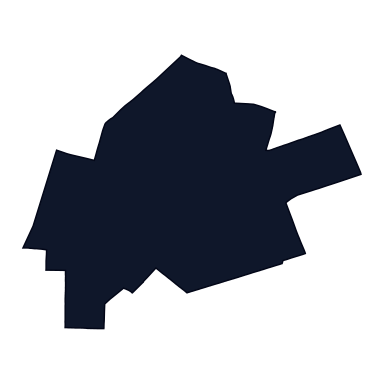 Izvoare, Dolj, Romania (Natural Earth projection)
{"feature_id": "2599482B17685193443553", "entity_name": "Izvoare", "entity_type": "district", "adm_level": 2, "iso_a3": "ROU", "parent_name": "Romania", "parent_adm1": "Dolj", "projection": "natural_earth1", "projection_center": [23.323, 44.156], "detail": "fine", "context": "isolated", "style": "filled", "palette": "ink", "viewbox_px": 384, "rotation_deg": 0, "n_neighbors": 0, "source": "geoboundaries", "source_scale": "gbopen_adm2", "svg_char_len": 5851}
<svg xmlns="http://www.w3.org/2000/svg" viewBox="0 0 384 384"><path d="M282.5,262.2L282.8,261.0L283.0,260.7L283.3,260.4L283.7,260.3L286.3,259.6L287.8,259.1L291.3,257.9L303.0,254.3L305.0,253.6L305.3,253.5L305.1,252.7L304.1,250.1L303.0,247.5L301.8,244.7L300.3,241.1L299.1,238.0L298.1,235.7L296.2,230.8L293.3,222.7L291.6,218.1L289.3,212.1L286.9,205.7L285.9,203.0L285.9,202.9L285.9,202.7L286.0,202.6L287.6,201.3L290.9,198.8L297.4,195.1L299.3,194.5L302.5,193.5L306.9,192.1L311.4,190.7L315.3,189.4L318.4,188.5L325.2,186.2L327.9,185.3L330.8,184.4L339.6,181.5L361.0,174.3L360.5,172.4L357.2,164.6L355.6,160.9L351.5,151.5L344.2,134.6L339.9,125.0L327.6,129.7L327.3,129.9L326.7,130.1L326.1,130.3L325.0,130.8L324.4,131.0L323.3,131.5L321.7,132.2L321.1,132.4L320.0,132.8L319.5,133.0L318.4,133.4L317.9,133.6L317.4,133.7L316.4,134.1L315.9,134.3L315.0,134.6L313.0,135.3L312.5,135.4L312.0,135.6L311.5,135.8L310.6,136.1L310.1,136.3L309.1,136.6L308.7,136.7L307.8,137.1L307.4,137.2L306.5,137.6L306.1,137.7L305.6,137.9L304.7,138.2L304.2,138.4L303.3,138.8L301.9,139.2L301.4,139.4L301.0,139.5L300.6,139.6L300.1,139.8L299.7,139.9L299.3,140.0L298.8,140.1L298.5,140.2L293.3,142.1L290.2,143.2L289.5,143.5L288.7,143.8L288.0,144.0L287.3,144.3L286.5,144.5L285.7,144.8L284.9,145.0L283.4,145.5L281.9,146.1L281.2,146.3L280.4,146.6L279.7,146.8L279.0,147.1L278.3,147.3L276.8,147.8L274.7,148.6L274.0,148.8L272.7,149.3L272.0,149.6L271.4,149.8L269.4,150.4L269.0,150.5L268.9,150.5L268.6,150.5L267.8,150.5L267.4,150.5L267.2,150.5L267.1,150.4L266.7,150.4L266.2,150.3L265.9,150.3L266.1,149.5L266.5,148.0L267.0,146.4L267.9,143.5L268.3,142.0L268.8,140.5L269.2,139.1L270.2,136.3L270.6,135.0L271.0,133.6L271.3,132.3L271.9,129.6L272.2,128.3L272.4,127.1L272.7,125.9L273.0,123.8L273.2,122.5L273.3,121.8L273.4,121.1L273.5,120.5L273.6,119.8L273.8,118.5L273.9,117.8L274.1,117.2L274.2,116.5L274.2,115.9L274.4,115.2L274.4,114.6L274.6,114.0L274.7,113.7L274.9,112.8L275.0,112.6L275.3,112.4L275.5,112.1L275.4,111.8L275.1,111.7L274.8,111.7L274.0,111.5L266.7,108.6L261.3,106.6L258.4,105.7L253.7,104.3L248.2,103.9L244.5,103.7L238.9,103.4L234.4,103.2L233.9,100.8L233.5,99.2L232.8,96.9L232.4,96.0L232.0,95.0L231.3,93.7L231.0,92.2L230.8,90.9L230.6,89.5L230.5,88.9L230.3,87.7L230.1,86.2L229.7,84.9L229.5,84.1L228.1,79.9L227.4,77.8L226.7,75.7L226.3,74.6L226.1,74.0L226.1,73.6L226.1,73.4L225.9,73.4L221.0,71.1L218.5,70.0L217.2,69.4L216.3,69.1L214.6,68.4L213.9,68.2L211.7,67.7L209.8,67.1L205.2,65.5L200.2,64.0L197.9,63.4L195.7,62.5L188.2,58.8L183.8,56.5L181.4,55.3L180.6,56.7L156.5,79.2L151.5,83.5L147.1,87.2L143.4,90.4L141.1,92.6L132.7,99.9L125.2,105.7L120.8,109.7L112.9,117.6L110.5,119.0L110.0,119.4L109.4,119.9L108.5,120.5L107.0,121.9L106.5,122.3L106.4,122.3L105.5,123.3L105.0,124.1L103.4,128.5L102.6,130.9L99.3,143.0L98.6,145.2L97.1,150.3L96.2,153.7L94.3,160.4L91.8,159.8L90.3,159.4L86.2,158.4L80.2,157.0L77.6,156.4L73.3,155.4L70.4,154.7L66.8,153.7L62.8,152.3L56.6,150.2L33.1,226.1L23.0,247.9L26.6,247.9L28.6,248.0L29.7,248.2L31.6,248.3L33.2,248.5L35.1,248.7L36.0,248.6L37.0,248.7L39.0,248.9L41.5,249.1L46.4,249.8L46.6,249.9L46.5,254.3L46.1,260.9L46.1,263.2L46.1,265.3L46.1,268.5L46.0,270.1L60.9,270.3L65.5,270.4L65.5,270.5L65.5,272.1L65.5,275.1L65.6,275.5L65.6,276.1L65.6,276.9L65.5,278.0L65.6,278.5L65.5,279.0L65.5,279.6L65.5,280.2L65.5,280.6L65.5,281.4L65.6,281.7L65.6,282.4L65.6,283.3L65.6,284.2L65.6,284.4L65.6,284.9L65.6,285.2L65.6,285.6L65.6,286.0L65.6,286.5L65.5,288.0L65.6,289.0L65.5,290.3L65.5,291.2L65.5,291.6L65.4,292.2L65.4,292.8L65.4,293.9L65.3,295.2L65.3,296.3L65.2,298.9L65.2,300.3L65.2,301.8L65.3,303.9L65.2,305.7L65.2,307.3L65.2,308.6L65.2,311.4L65.2,312.4L65.2,315.0L65.2,316.6L65.2,317.8L65.2,319.8L65.1,321.9L65.2,323.3L65.2,325.9L65.1,327.4L65.1,327.6L65.3,327.6L66.0,327.6L66.8,327.6L68.4,327.7L70.1,327.7L72.4,327.8L74.1,327.8L74.9,327.9L75.8,327.9L76.5,327.9L79.7,327.9L82.1,328.0L83.0,328.0L84.6,328.1L85.3,328.1L87.8,328.4L89.2,328.4L99.2,328.6L101.6,328.6L103.8,328.6L103.9,327.8L103.9,326.5L104.0,323.4L104.1,321.9L104.2,319.8L104.3,316.0L104.4,312.1L104.5,309.4L104.7,304.2L104.8,303.9L109.8,299.3L116.0,294.3L122.0,289.4L123.5,288.1L123.9,288.3L125.2,288.8L126.1,289.1L126.5,289.3L126.9,289.5L127.4,289.7L127.8,289.9L128.3,290.1L128.7,290.3L129.1,290.5L129.4,290.7L130.2,291.2L130.9,291.7L131.3,292.0L131.5,292.2L131.9,292.6L132.2,292.9L132.3,292.9L143.1,282.2L143.3,282.1L143.4,281.7L143.6,281.3L144.2,280.6L146.1,278.6L146.9,277.8L155.9,268.0L156.7,268.6L157.4,269.2L158.2,269.8L159.8,271.1L160.6,271.8L161.4,272.4L162.2,273.1L163.0,273.7L163.9,274.4L164.8,275.0L165.6,275.7L166.5,276.3L167.2,277.0L168.0,277.6L168.8,278.3L169.7,278.9L170.4,279.5L171.2,280.1L172.0,280.8L172.9,281.5L174.6,282.9L175.5,283.7L176.4,284.4L177.3,285.1L178.3,285.9L179.0,286.5L179.8,287.1L180.5,287.6L181.0,288.0L181.6,288.4L182.1,288.9L182.7,289.3L183.2,289.7L183.8,290.1L184.3,290.6L184.9,291.0L185.4,291.5L186.0,292.0L186.6,292.5L186.9,292.7L187.0,292.8L187.1,292.7L187.3,292.5L187.5,292.5L187.8,292.5L188.7,292.3L191.1,291.5L193.3,290.9L194.2,290.6L196.1,290.0L198.2,289.4L199.2,289.1L200.2,288.7L201.3,288.4L203.3,287.8L204.3,287.5L205.3,287.2L208.4,286.2L209.5,285.9L210.6,285.6L211.6,285.2L212.8,284.9L213.7,284.6L214.7,284.3L215.7,284.0L216.8,283.7L217.8,283.4L218.9,283.1L219.9,282.8L221.0,282.4L222.0,282.1L223.1,281.8L224.1,281.4L225.2,281.1L226.3,280.8L227.4,280.4L228.5,280.1L229.6,279.8L231.8,279.1L232.9,278.8L234.0,278.5L235.1,278.1L236.2,277.8L238.5,277.1L239.6,276.7L240.7,276.4L241.9,276.0L244.1,275.3L245.3,274.9L246.4,274.6L247.7,274.2L249.3,273.7L250.9,273.2L252.6,272.6L254.3,272.1L257.7,271.1L259.5,270.6L261.2,270.0L263.0,269.5L264.8,268.9L266.6,268.3L268.5,267.7L270.3,267.2L272.2,266.6L275.7,265.5L277.7,264.9L279.8,264.3L281.2,263.8L281.8,263.6L282.0,263.6L282.1,263.4L282.2,263.2L282.3,262.7L282.4,262.4L282.5,262.2Z" fill="#0f172a" stroke="#020617" stroke-width="1.5"/></svg>